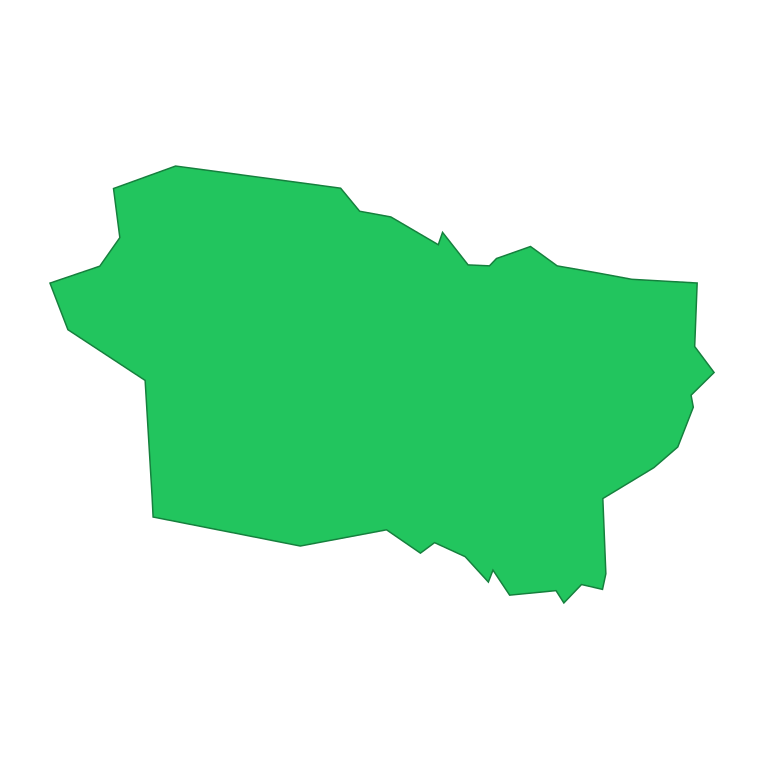 Upshur, West Virginia, United States of America (Natural Earth projection), rotated 88°
{"feature_id": "52423323B60686531636314", "entity_name": "Upshur", "entity_type": "district", "adm_level": 2, "iso_a3": "USA", "parent_name": "United States of America", "parent_adm1": "West Virginia", "projection": "natural_earth1", "projection_center": [-80.225, 38.899], "detail": "fine", "context": "isolated", "style": "filled", "palette": "green", "viewbox_px": 768, "rotation_deg": 88, "n_neighbors": 0, "source": "geoboundaries", "source_scale": "gbopen_adm2", "svg_char_len": 692}
<svg xmlns="http://www.w3.org/2000/svg" viewBox="0 0 768 768"><g transform="rotate(88 384 384)"><path d="M318.7,698.0L372.1,622.6L488.3,619.7L508.9,619.4L543.0,473.3L529.8,386.6L554.3,353.5L544.3,339.0L559.4,308.9L585.6,286.6L573.8,281.6L599.4,265.8L596.5,219.3L609.1,211.9L591.3,193.6L596.9,172.8L581.4,168.9L506.1,169.3L477.0,117.2L457.2,92.6L418.0,75.7L405.9,77.5L384.0,53.7L357.4,72.2L294.0,67.5L288.0,132.8L280.7,165.6L272.0,206.8L251.7,232.8L262.5,267.2L269.6,274.5L267.9,295.8L234.5,320.2L246.7,324.9L217.3,371.3L210.5,402.3L186.8,420.5L170.8,514.6L158.9,584.7L179.2,647.5L228.5,642.9L256.3,663.9L271.5,714.3L318.7,698.0Z" fill="#22c55e" stroke="#15803d" stroke-width="1.5"/></g></svg>